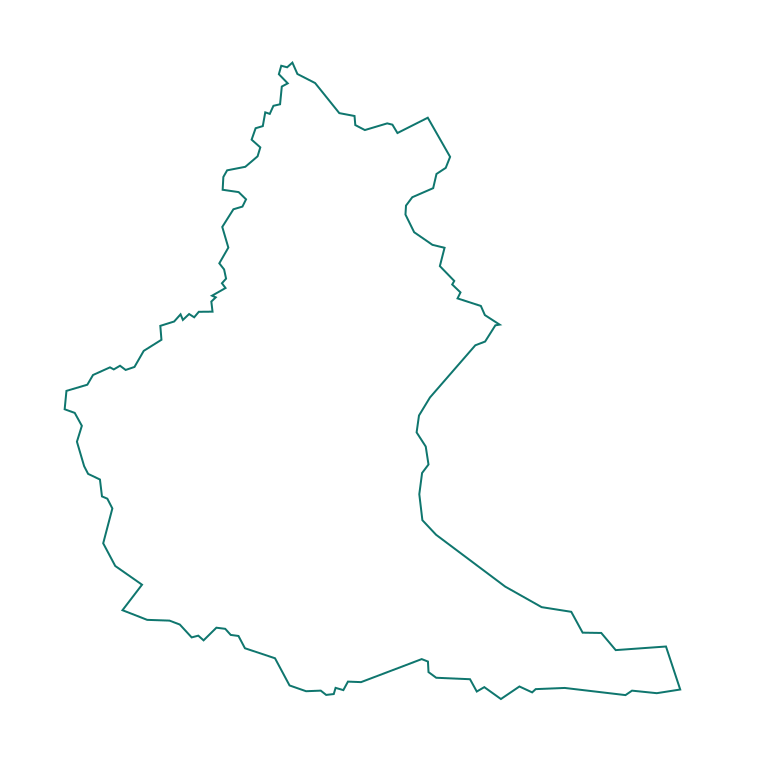 outline of Solwezi, North-Western, Zambia, rotated 184°
{"feature_id": "96606910B85168359517007", "entity_name": "Solwezi", "entity_type": "district", "adm_level": 2, "iso_a3": "ZMB", "parent_name": "Zambia", "parent_adm1": "North-Western", "projection": "albers", "projection_center": [26.494, -12.304], "detail": "medium", "context": "isolated", "style": "outline", "palette": "teal", "viewbox_px": 768, "rotation_deg": 184, "n_neighbors": 0, "source": "geoboundaries", "source_scale": "gbopen_adm2", "svg_char_len": 1940}
<svg xmlns="http://www.w3.org/2000/svg" viewBox="0 0 768 768"><g transform="rotate(184 384 384)"><path d="M358.9,652.7L388.1,635.3L393.7,643.3L399.0,644.2L420.8,636.0L430.7,640.3L432.1,649.3L447.5,651.1L473.7,679.4L492.0,687.2L497.8,698.2L502.7,693.2L508.7,694.3L510.5,685.7L501.0,677.2L506.7,673.6L507.2,655.8L513.7,653.8L516.8,645.5L521.4,646.7L522.9,632.8L529.9,630.2L533.1,618.5L523.9,611.4L526.0,602.3L537.5,591.0L555.4,586.2L558.7,579.3L558.5,566.5L542.4,565.3L534.5,558.6L537.6,551.1L546.4,547.8L556.3,529.4L548.8,509.2L556.7,492.9L551.5,487.1L548.9,478.1L552.7,473.2L548.8,468.7L561.7,460.1L557.9,458.7L562.0,454.2L560.1,444.2L573.8,443.1L578.0,437.3L583.3,440.2L589.1,433.9L591.8,439.3L597.7,431.7L611.2,426.4L609.1,412.6L626.0,400.3L634.1,383.6L642.7,380.0L648.6,383.8L654.6,379.7L658.5,381.5L674.9,372.7L679.9,362.6L700.3,355.0L700.8,336.5L690.5,333.6L682.5,321.2L686.3,305.0L677.4,281.1L672.9,273.7L660.7,268.9L657.5,252.2L652.0,250.3L646.3,240.9L653.0,205.5L639.4,183.7L611.4,166.9L629.1,140.1L603.8,132.2L581.5,133.0L570.9,129.8L558.2,117.8L551.7,120.0L546.1,115.7L534.2,129.2L525.3,128.7L519.4,123.0L511.6,122.5L504.3,110.7L473.6,102.8L457.2,76.7L440.3,72.1L425.7,73.7L420.0,69.8L412.5,71.2L411.1,77.5L403.2,75.8L399.2,84.6L386.1,85.0L327.2,112.2L320.8,110.2L319.5,99.7L311.4,94.6L277.6,95.5L270.0,83.7L262.8,88.6L245.4,77.9L227.8,91.7L214.7,86.7L211.4,90.2L182.5,93.4L121.4,90.5L115.2,95.4L90.3,94.6L67.2,99.9L84.4,141.8L134.3,134.7L149.9,150.8L168.5,149.8L181.3,169.8L211.2,172.4L248.9,190.3L321.5,237.2L336.2,250.8L341.1,276.5L339.8,297.9L334.0,306.8L338.0,324.5L348.1,338.0L346.9,355.0L337.2,373.8L295.6,429.0L286.1,433.4L277.0,450.3L272.8,451.3L288.2,459.8L292.8,468.6L316.6,474.5L314.1,480.7L322.9,488.0L321.1,491.7L336.5,505.5L333.1,524.1L345.4,526.2L364.5,537.5L374.4,554.5L374.5,563.5L368.8,572.3L348.6,582.8L346.3,597.2L337.5,603.9L333.9,615.2L358.9,652.7Z" fill="none" stroke="#0f766e" stroke-width="2"/></g></svg>